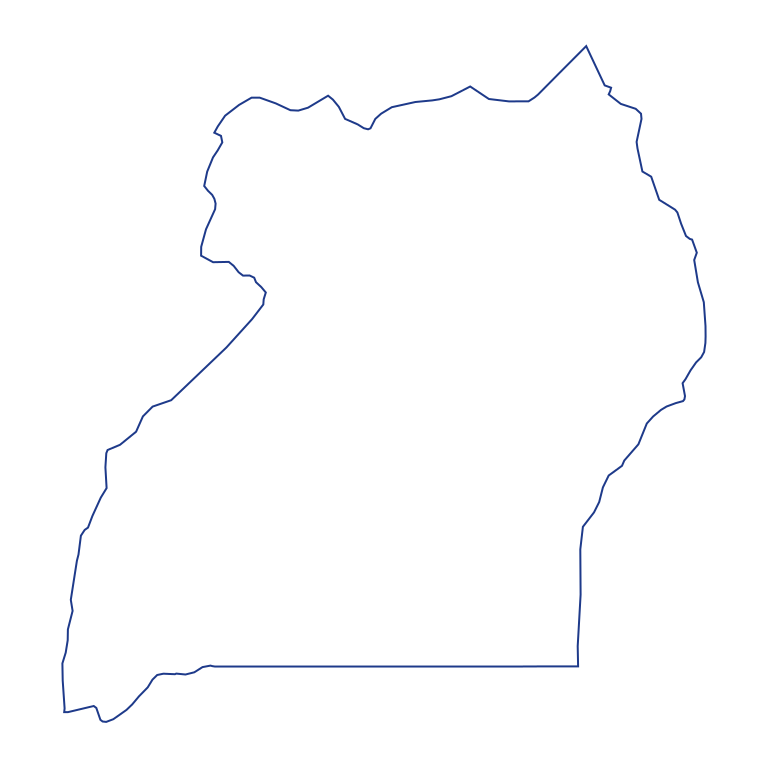 outline of Uganda
{"feature_id": "UGA", "entity_name": "Uganda", "entity_type": "country or territory", "adm_level": 0, "iso_a3": "UGA", "parent_name": "Africa", "parent_adm1": "", "projection": "orthographic", "projection_center": [32.128, 1.375], "detail": "fine", "context": "isolated", "style": "outline", "palette": "blue", "viewbox_px": 768, "rotation_deg": 0, "n_neighbors": 0, "source": "natural_earth", "source_scale": "50m", "svg_char_len": 2241}
<svg xmlns="http://www.w3.org/2000/svg" viewBox="0 0 768 768"><path d="M578.1,666.4L565.1,666.4L544.0,666.4L522.9,666.5L501.8,666.5L480.7,666.5L459.5,666.5L438.4,666.5L417.3,666.5L396.2,666.5L375.1,666.5L353.9,666.5L332.8,666.5L311.7,666.5L290.6,666.5L269.5,666.5L248.3,666.5L227.2,666.5L214.7,666.5L212.2,666.1L210.5,665.6L202.5,667.1L194.3,672.3L185.5,674.5L176.2,673.6L175.0,674.2L170.2,674.0L163.4,673.7L157.2,675.0L152.5,679.6L147.7,687.4L139.0,696.3L132.3,704.3L126.5,709.9L113.3,719.2L106.2,721.9L102.6,721.5L100.4,719.8L96.3,707.9L93.7,706.0L68.1,712.1L64.2,712.1L64.6,708.4L62.7,680.5L62.4,663.4L65.7,652.7L67.7,640.3L67.9,629.4L72.6,610.9L70.8,599.8L76.9,560.8L78.5,554.5L80.9,535.7L84.7,529.9L88.0,527.6L92.4,516.0L100.8,497.6L106.6,488.1L105.4,467.3L106.3,453.2L107.6,450.0L120.0,444.8L136.1,431.7L142.9,416.4L152.6,406.6L171.2,400.2L226.4,347.5L252.1,319.1L263.3,304.5L263.7,299.3L265.8,292.5L261.3,287.1L256.0,282.2L254.2,277.7L249.6,275.5L243.0,275.6L238.7,272.3L233.7,265.9L228.8,261.9L213.1,262.2L201.1,255.7L201.2,246.8L206.0,229.3L215.1,209.2L215.6,203.6L214.4,198.9L212.2,194.9L208.0,190.8L204.2,186.0L207.2,171.6L213.0,157.4L217.7,150.4L222.3,142.4L221.0,135.9L214.3,132.7L217.8,126.4L225.1,115.7L239.1,104.9L251.5,97.7L259.8,97.7L275.8,103.4L290.4,110.2L298.3,110.6L308.0,107.7L328.1,95.7L332.9,99.6L338.8,106.8L345.1,118.9L357.7,124.4L363.8,128.2L368.1,129.3L370.5,128.3L375.3,118.9L381.1,113.7L391.8,107.2L415.4,102.0L432.3,100.4L439.4,99.3L451.4,96.2L470.2,86.5L488.9,99.0L509.0,101.4L528.6,101.3L534.5,97.5L538.0,94.6L558.4,74.0L586.2,46.1L604.7,85.4L611.1,87.7L610.2,91.1L608.7,94.4L620.8,103.9L635.7,108.8L641.0,113.7L641.5,118.9L636.6,141.9L637.5,148.5L642.4,171.5L651.2,176.7L659.2,199.8L675.1,209.7L677.4,212.5L681.1,223.7L686.0,236.0L689.8,238.9L692.1,239.6L696.8,252.7L694.2,260.0L697.9,282.3L703.8,302.2L705.5,326.1L705.6,336.5L705.4,343.0L704.1,352.0L701.2,357.3L696.1,362.4L690.5,370.4L685.6,379.0L682.6,383.2L685.0,396.1L684.4,399.4L683.0,401.1L675.8,403.1L666.6,406.5L661.0,409.9L653.1,416.5L646.8,423.5L638.4,444.3L624.3,460.5L622.0,465.8L608.7,475.5L602.9,487.4L599.2,502.0L594.0,512.4L582.9,526.8L580.3,549.4L580.6,594.7L577.7,646.2L578.1,666.4Z" fill="none" stroke="#1e3a8a" stroke-width="2"/></svg>